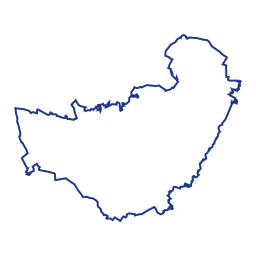 outline of Villa Corzo, Chiapas, Mexico
{"feature_id": "50627088B92605446489911", "entity_name": "Villa Corzo", "entity_type": "district", "adm_level": 2, "iso_a3": "MEX", "parent_name": "Mexico", "parent_adm1": "Chiapas", "projection": "mercator", "projection_center": [-93.016, 16.137], "detail": "fine", "context": "isolated", "style": "outline", "palette": "blue", "viewbox_px": 256, "rotation_deg": 0, "n_neighbors": 0, "source": "geoboundaries", "source_scale": "gbopen_adm2", "svg_char_len": 5841}
<svg xmlns="http://www.w3.org/2000/svg" viewBox="0 0 256 256"><path d="M170.9,44.5L165.6,51.4L165.3,55.7L169.5,57.4L169.5,58.0L172.4,59.4L169.6,64.4L168.9,67.0L168.3,68.0L170.7,69.1L172.1,72.8L171.1,72.2L171.8,74.9L172.2,75.5L176.3,79.5L176.7,77.4L177.5,79.4L176.8,80.1L178.0,81.6L173.4,88.0L172.4,87.5L170.6,89.3L165.5,90.8L165.5,89.9L161.0,87.0L159.3,85.6L158.9,85.5L156.2,86.1L147.0,85.1L141.3,87.4L140.6,86.9L138.7,87.7L136.8,88.1L134.4,87.3L133.8,88.8L131.4,92.0L131.4,95.0L134.7,95.7L136.7,94.4L138.4,96.4L137.7,97.6L136.3,96.9L136.4,95.9L135.9,95.8L135.5,96.6L130.4,96.7L129.3,97.9L129.2,101.4L125.5,104.4L124.1,104.2L123.8,103.1L122.4,103.1L122.9,105.4L123.5,105.9L122.0,106.2L121.8,106.7L121.7,108.0L122.3,109.0L122.4,109.8L120.5,110.8L120.0,109.7L120.4,108.2L120.2,107.6L119.8,107.3L119.7,104.1L118.9,102.9L117.2,102.2L116.5,102.8L116.5,104.6L112.1,104.1L110.2,105.4L109.9,105.2L109.0,105.8L109.3,102.0L108.6,102.7L108.4,103.2L107.7,103.7L107.9,106.5L105.6,107.4L105.6,105.2L104.0,105.6L102.9,103.8L101.9,104.6L98.2,105.0L98.3,105.7L98.9,106.7L100.0,106.8L99.8,107.7L100.7,107.8L100.6,108.4L101.0,109.5L100.4,111.0L100.3,110.5L99.4,110.2L99.3,109.9L98.1,110.1L98.4,109.7L97.8,109.8L97.6,109.0L96.8,108.0L96.7,107.2L97.1,106.5L96.3,106.5L95.4,107.7L95.4,108.1L93.3,109.8L92.0,109.0L91.2,109.0L90.3,110.4L88.8,110.2L86.2,110.6L85.8,111.0L85.1,110.4L84.5,110.5L84.4,110.0L84.5,108.5L85.7,107.4L80.0,105.9L78.5,104.8L76.0,101.2L75.7,100.3L72.6,103.4L72.0,105.0L71.7,104.6L71.5,104.9L74.1,108.4L74.6,112.1L76.8,118.2L75.6,118.5L75.6,118.9L74.2,119.1L73.9,119.8L73.4,119.8L69.8,119.0L67.6,119.0L67.3,118.7L67.0,116.9L65.9,115.7L65.3,116.2L65.3,117.9L63.8,118.0L59.9,116.9L57.8,115.9L56.7,116.0L56.6,114.8L55.7,114.2L52.4,114.4L51.8,113.1L50.8,112.4L50.3,112.5L50.2,113.6L49.8,113.9L49.7,114.4L48.1,115.1L38.2,109.6L37.3,109.5L36.9,113.3L33.0,112.1L31.0,113.1L29.2,110.9L23.9,109.2L15.4,108.2L16.1,113.8L17.4,118.1L17.2,121.9L18.3,124.7L20.4,133.2L20.2,135.8L19.2,136.4L19.9,138.8L21.6,142.5L22.3,142.5L26.6,150.2L27.6,153.4L22.5,157.4L21.9,158.2L27.2,168.4L28.0,168.3L27.1,170.4L25.9,171.9L27.7,173.0L26.7,174.3L29.1,175.0L30.4,173.5L29.5,172.8L33.6,171.0L33.8,169.1L32.6,166.6L36.8,163.9L38.3,166.4L39.7,167.0L38.8,169.2L39.1,170.0L48.5,171.8L54.4,173.4L54.9,174.1L55.3,180.1L66.0,178.3L66.7,179.1L74.4,184.3L77.7,189.7L82.0,195.3L82.7,196.9L87.1,196.9L89.1,197.8L93.1,198.5L95.5,200.0L97.6,201.9L97.8,206.0L98.1,206.8L99.0,207.4L100.9,209.4L101.2,210.2L101.0,211.5L102.8,213.2L103.8,215.2L104.1,215.3L105.3,214.7L107.3,215.8L107.3,216.3L107.7,216.4L107.7,216.7L106.4,218.3L107.0,218.7L108.3,218.5L110.6,218.5L112.6,220.1L114.9,217.4L120.3,220.9L123.2,216.5L125.6,217.5L126.7,216.2L126.6,215.2L127.2,214.9L127.4,214.0L129.4,213.4L135.0,214.3L135.0,215.4L138.8,214.4L141.4,214.2L142.5,213.8L145.9,211.5L154.3,207.0L155.9,209.0L157.4,212.5L159.1,213.6L161.0,214.3L162.2,213.9L162.8,213.1L163.9,212.6L164.0,211.9L163.5,211.0L164.1,210.9L164.8,210.1L167.3,210.2L167.9,209.9L168.1,209.2L168.9,209.1L169.1,208.7L168.7,208.3L169.1,208.0L172.5,209.2L172.7,208.5L172.4,208.0L170.0,206.3L170.4,206.1L172.0,206.5L172.4,206.4L172.4,206.1L168.4,202.4L168.4,202.0L169.1,201.6L169.0,200.7L168.5,200.4L167.6,200.7L170.6,198.8L169.5,198.1L169.5,197.0L167.7,195.5L168.7,194.9L169.5,194.0L169.3,193.5L169.7,192.5L169.0,191.9L170.1,191.0L171.1,191.6L171.8,190.7L172.6,190.6L173.1,189.7L173.4,187.4L173.8,186.9L175.3,186.9L180.1,188.5L180.6,186.7L183.8,186.6L184.5,185.6L185.1,183.6L188.4,184.8L185.9,186.1L188.3,187.0L190.9,186.1L191.2,183.5L192.6,180.9L192.2,180.8L193.0,180.2L192.7,179.5L192.6,176.8L193.8,175.9L194.5,176.8L195.4,177.4L195.8,176.9L197.1,176.7L198.8,174.8L198.0,174.4L197.5,173.1L198.1,172.6L197.9,171.9L198.8,170.9L198.3,170.5L199.8,169.7L200.7,168.6L199.8,163.9L200.1,163.3L200.9,163.1L201.9,161.2L202.6,161.2L203.0,159.5L203.4,159.2L203.9,159.8L204.6,159.8L205.7,158.5L206.2,158.5L206.3,158.0L205.5,156.1L205.6,154.2L206.9,153.2L209.6,149.6L208.9,149.3L209.4,148.3L211.7,147.5L212.5,146.2L212.8,144.6L214.2,143.7L214.1,143.1L214.6,142.6L214.5,141.9L214.9,140.9L215.9,139.4L215.9,138.8L216.6,138.4L216.7,137.3L217.8,136.8L218.1,134.2L218.5,133.3L219.8,131.9L219.6,131.8L219.2,130.0L218.4,128.3L218.7,127.2L219.6,125.9L220.7,125.2L222.0,124.9L222.3,124.6L222.4,123.0L223.5,121.9L224.0,120.9L225.3,119.7L232.0,103.9L231.6,103.3L232.0,103.3L232.1,102.2L232.5,102.2L232.3,101.7L232.8,102.0L232.9,101.7L233.4,101.6L233.5,101.9L233.0,102.3L233.4,102.2L233.1,102.6L233.4,102.5L233.4,102.9L233.7,102.0L234.0,102.0L233.9,102.3L234.2,102.5L234.3,103.1L234.3,102.6L234.6,102.7L234.2,101.9L234.5,101.8L233.9,101.6L234.2,101.4L235.2,102.0L235.0,102.4L235.4,102.3L235.3,102.6L235.8,102.9L235.7,102.6L236.3,103.1L236.5,102.8L235.9,101.7L237.0,102.1L237.1,101.0L236.5,100.0L235.8,99.9L235.6,99.1L234.9,99.2L235.1,98.2L233.7,97.3L232.0,96.6L231.6,95.9L230.7,95.8L230.4,95.3L228.9,94.4L230.2,93.9L230.5,93.4L230.6,92.6L231.9,93.3L232.8,92.9L233.0,91.8L232.3,91.1L232.4,90.3L232.0,89.3L232.6,89.7L232.7,90.0L233.1,89.4L234.2,89.5L235.0,89.8L234.9,90.3L235.2,90.5L235.7,90.3L237.1,90.8L237.5,90.3L237.3,89.8L238.0,90.0L238.8,89.3L238.2,88.7L238.4,88.5L238.1,88.4L238.4,88.1L238.3,87.5L238.6,87.0L239.7,86.2L239.5,85.9L240.0,85.4L239.7,85.2L239.6,84.2L239.1,85.1L238.9,85.1L239.1,84.6L238.2,85.2L239.3,84.2L239.4,83.6L239.8,83.4L240.0,82.9L239.6,81.8L238.5,82.7L238.9,81.9L238.2,81.7L238.5,81.5L239.1,81.8L239.2,81.4L240.1,81.6L240.6,81.3L240.0,80.9L236.9,80.6L229.9,80.7L228.2,80.0L228.0,79.6L228.6,77.0L226.3,77.0L226.1,67.6L226.3,65.5L222.7,64.4L226.8,57.8L226.6,57.1L223.0,55.0L219.6,51.7L212.8,47.0L211.8,46.0L208.7,41.3L207.2,40.2L202.5,39.5L197.5,38.2L189.5,37.5L187.0,38.7L186.2,37.6L186.7,37.4L184.8,35.4L183.8,35.1L182.5,35.4L180.9,37.0L180.9,37.8L180.0,37.8L177.5,39.1L175.3,42.2L170.9,44.5Z" fill="none" stroke="#1e3a8a" stroke-width="2"/></svg>